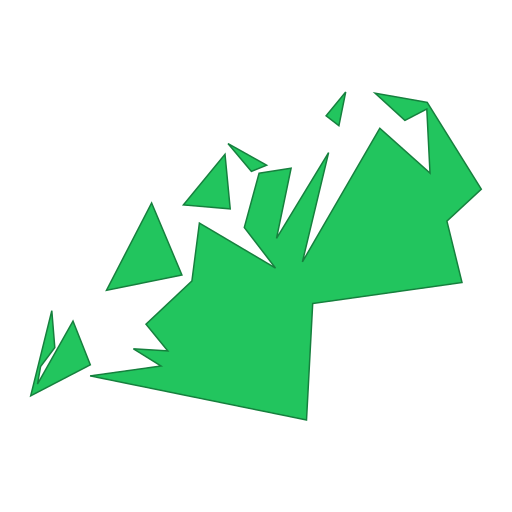 an SVG outline of Troms
{"feature_id": "NOR-900", "entity_name": "Troms", "entity_type": "County", "adm_level": 1, "iso_a3": "NOR", "parent_name": "Norway", "parent_adm1": "", "projection": "albers", "projection_center": [18.955, 69.32], "detail": "coarse", "context": "isolated", "style": "filled", "palette": "green", "viewbox_px": 512, "rotation_deg": 0, "n_neighbors": 0, "source": "natural_earth", "source_scale": "10m", "svg_char_len": 725}
<svg xmlns="http://www.w3.org/2000/svg" viewBox="0 0 512 512"><path d="M462.0,282.5L312.7,303.5L306.5,420.0L90.1,375.9L161.0,366.0L133.4,348.8L167.8,350.9L146.0,324.2L191.9,281.0L199.4,223.1L275.5,268.1L244.3,227.5L259.1,173.2L291.1,168.2L276.5,238.4L328.6,152.6L302.4,261.9L379.8,128.3L430.0,173.1L426.8,109.0L404.9,120.4L375.1,93.2L427.2,102.4L481.3,189.2L446.9,221.1L462.0,282.5ZM151.6,203.0L181.9,275.0L106.5,290.3L151.6,203.0ZM51.8,310.7L54.8,347.6L40.6,366.5L37.5,384.1L73.0,321.1L90.3,364.8L30.7,395.8L51.8,310.7ZM225.0,154.3L230.2,208.9L183.4,204.9L225.0,154.3ZM228.0,143.6L266.6,165.2L251.4,171.4L228.0,143.6ZM345.7,92.0L338.9,125.7L326.1,115.8L345.7,92.0Z" fill="#22c55e" stroke="#15803d" stroke-width="1.5"/></svg>